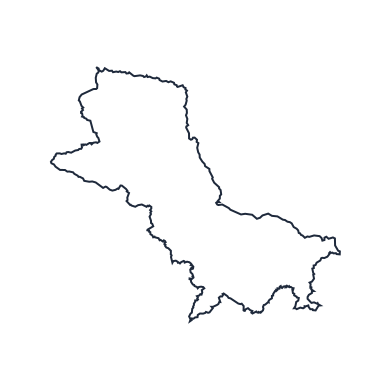 Ataco, Tolima, Colombia (Mercator projection), rotated 77°
{"feature_id": "7082276B46910600615259", "entity_name": "Ataco", "entity_type": "district", "adm_level": 2, "iso_a3": "COL", "parent_name": "Colombia", "parent_adm1": "Tolima", "projection": "mercator", "projection_center": [-75.445, 3.437], "detail": "fine", "context": "isolated", "style": "outline", "palette": "slate", "viewbox_px": 384, "rotation_deg": 77, "n_neighbors": 0, "source": "geoboundaries", "source_scale": "gbopen_adm2", "svg_char_len": 6027}
<svg xmlns="http://www.w3.org/2000/svg" viewBox="0 0 384 384"><g transform="rotate(77 192 192)"><path d="M146.1,303.4L147.8,302.6L150.4,299.7L151.7,299.2L152.0,297.8L154.3,295.1L156.9,294.5L158.9,289.8L159.3,286.8L161.0,283.7L168.0,277.7L167.3,275.1L167.8,274.1L171.2,271.6L172.7,269.3L172.7,266.1L171.9,263.6L172.4,262.9L169.6,260.2L170.0,258.9L174.2,255.6L176.2,254.7L176.8,255.4L178.8,253.6L182.9,256.3L185.3,256.6L186.1,257.8L190.7,255.2L190.6,254.6L191.6,254.0L193.6,250.6L192.7,247.4L192.9,243.7L196.2,239.6L195.4,238.5L196.1,237.6L195.5,236.7L197.4,235.0L199.0,235.4L200.2,236.9L201.7,236.0L202.9,237.3L204.2,236.9L206.5,238.9L210.7,238.4L213.0,238.9L214.0,237.9L216.7,237.5L218.7,243.8L219.3,244.1L220.1,242.5L221.1,242.7L221.7,241.7L223.8,242.0L225.3,240.4L227.4,240.0L227.1,238.5L227.8,238.3L229.5,235.0L231.7,234.4L231.5,233.5L233.7,231.5L232.8,230.3L233.8,229.3L235.0,229.0L235.4,230.1L236.8,230.6L237.5,229.7L238.5,230.3L240.3,229.5L241.5,227.7L244.5,225.8L248.1,226.7L249.1,226.1L250.6,227.1L256.5,227.0L255.1,225.7L255.3,223.2L256.5,221.9L257.7,221.6L257.5,221.0L258.9,219.8L257.9,218.4L257.3,215.6L257.8,215.0L259.1,215.0L258.8,212.5L259.9,210.3L261.5,209.1L262.4,208.7L263.0,209.5L263.8,208.1L265.0,207.6L265.5,208.4L266.1,207.9L266.9,208.3L267.0,209.3L266.0,209.9L267.3,211.2L270.0,211.4L271.9,210.1L273.4,209.9L274.3,210.5L274.6,209.8L275.7,209.8L276.7,211.7L275.7,213.8L276.4,214.0L277.1,212.8L279.4,213.1L282.3,212.0L283.1,210.8L284.2,210.7L285.7,208.5L287.1,208.1L286.1,206.6L286.3,204.4L287.2,202.4L288.6,201.7L289.8,204.5L292.2,204.6L294.1,205.8L293.4,206.9L294.4,208.0L294.6,210.6L296.0,210.0L297.1,210.9L298.0,210.3L298.7,211.2L298.4,213.3L299.5,213.5L301.2,215.3L302.5,215.5L303.9,216.7L304.9,216.7L305.8,218.0L309.5,219.3L310.2,220.8L312.6,222.8L315.8,222.1L317.5,223.1L316.7,221.1L315.4,221.3L315.1,220.8L315.8,219.1L314.9,217.2L315.2,214.8L313.1,214.0L312.2,211.6L313.0,208.5L312.8,206.4L312.0,205.4L313.3,203.5L313.2,202.0L309.9,197.9L308.3,198.7L308.6,197.4L307.7,193.1L307.1,191.5L305.3,190.2L305.6,189.2L301.0,189.6L300.1,187.8L300.6,186.2L299.1,184.7L298.3,185.1L298.0,184.0L301.5,180.9L303.4,180.2L304.3,178.4L311.1,172.0L312.1,170.1L312.0,168.7L314.8,167.3L318.9,168.4L319.4,168.0L319.7,167.3L318.4,166.2L317.8,163.6L320.3,161.8L321.5,160.0L322.9,161.3L324.0,160.4L322.9,156.2L324.1,155.5L324.5,154.5L323.9,154.0L324.9,152.8L324.4,152.2L324.8,151.9L323.3,149.5L321.7,148.6L320.0,148.7L318.3,147.5L318.2,146.0L316.5,142.7L316.8,142.1L315.7,142.1L314.4,140.7L313.6,138.1L311.2,137.5L311.1,136.2L309.7,135.9L307.2,133.4L307.6,132.6L307.0,131.5L306.1,131.8L306.2,130.5L305.1,130.3L305.8,128.6L304.0,127.8L303.6,126.7L305.2,126.5L305.8,125.8L304.7,124.2L304.8,122.5L305.7,122.5L304.9,121.1L305.8,121.1L305.3,119.9L306.2,119.0L305.8,118.5L306.7,118.2L306.7,117.1L308.1,115.9L308.6,114.7L310.1,115.5L310.0,116.2L313.2,116.4L314.2,115.2L315.7,115.7L317.5,113.6L318.3,113.6L319.3,111.8L321.7,112.9L322.6,115.2L326.4,116.9L328.2,118.7L328.4,117.5L329.7,116.3L329.0,112.5L330.3,109.9L329.8,108.3L328.6,108.0L329.0,107.0L328.7,104.2L330.3,104.2L332.8,103.1L333.3,100.9L334.3,100.8L335.2,98.2L331.2,94.3L331.4,92.5L329.6,94.4L328.6,94.6L329.0,95.2L327.0,97.9L326.9,100.6L322.1,103.4L320.3,103.0L318.5,101.3L317.4,97.9L315.7,97.5L315.9,95.7L313.7,97.7L312.4,97.3L312.0,98.0L311.5,97.3L310.8,98.0L308.3,97.1L306.7,97.8L306.3,95.3L303.9,92.6L299.9,92.5L299.4,91.4L298.2,92.1L293.7,92.0L293.5,90.4L291.0,90.0L291.0,88.1L288.9,86.5L287.6,82.4L285.6,81.0L285.4,80.0L286.1,77.9L285.5,74.7L283.1,71.7L282.4,72.1L281.6,71.0L282.6,70.4L282.7,68.7L283.6,68.0L284.0,65.5L285.0,65.1L286.0,62.1L283.1,61.3L282.1,62.8L276.3,64.6L269.4,63.2L268.0,64.9L268.3,69.4L265.8,71.2L266.3,73.2L268.6,73.8L268.7,75.9L266.0,76.1L263.7,77.6L261.8,82.8L262.1,87.8L261.3,89.6L262.0,92.3L259.2,94.1L258.4,95.4L256.6,96.0L255.9,97.2L253.3,97.2L251.3,98.3L249.0,100.8L245.0,101.9L243.4,103.4L242.4,105.7L240.2,107.7L239.4,109.7L235.0,114.2L233.2,119.5L230.2,122.6L230.7,128.6L232.4,131.5L232.7,134.8L227.7,138.5L225.2,145.1L224.9,149.3L217.9,158.6L216.0,159.7L211.0,165.3L210.6,169.3L209.8,170.3L208.0,170.9L207.5,170.0L207.9,167.8L206.5,168.8L204.7,166.4L202.0,165.7L200.9,164.1L196.5,163.7L194.7,164.8L193.4,164.5L187.9,168.3L183.6,169.4L182.5,168.5L175.6,170.3L173.4,169.9L169.8,173.4L167.5,173.4L164.7,175.1L160.2,176.7L157.2,176.2L154.8,177.0L150.1,177.0L145.8,174.8L144.2,176.2L142.2,175.4L139.6,177.2L139.3,178.8L140.6,179.9L140.8,181.3L139.2,182.8L134.1,181.7L128.0,183.2L126.9,182.8L126.0,180.7L123.5,181.6L119.7,180.1L115.9,180.6L113.9,179.2L110.5,178.6L107.0,180.5L105.5,178.6L101.8,176.6L100.1,176.6L98.0,175.1L93.5,175.6L92.1,174.1L90.6,175.4L89.3,174.9L88.0,176.6L85.9,177.1L86.4,182.3L85.8,182.9L84.5,182.9L83.1,185.0L81.5,185.0L79.4,187.9L79.7,190.3L78.0,192.2L77.7,195.9L75.6,198.4L74.2,198.5L72.6,200.7L73.1,201.9L72.2,204.6L70.1,207.2L70.0,209.3L68.2,209.9L69.0,210.8L69.2,212.8L67.9,213.7L66.7,216.3L66.2,221.9L65.6,222.9L61.3,226.3L62.0,227.3L61.8,229.2L60.2,229.9L59.5,233.9L58.1,235.0L58.5,236.9L57.6,238.7L57.5,242.0L55.8,242.7L55.4,245.5L51.8,249.1L53.9,251.2L54.4,252.9L52.3,255.3L50.7,255.2L48.8,257.2L51.7,255.9L53.6,255.8L54.6,256.6L55.3,258.2L59.1,260.1L63.6,260.8L66.0,260.0L69.5,261.1L70.1,262.2L69.5,264.9L72.2,277.6L74.3,280.2L77.3,281.7L78.5,280.9L83.2,280.3L85.3,279.0L85.9,280.4L87.6,279.8L88.9,282.1L90.1,282.3L90.6,281.4L93.2,281.5L93.8,282.1L94.8,280.4L95.5,280.4L96.9,278.4L98.2,278.0L99.7,275.0L111.3,274.6L113.3,271.6L114.4,272.3L116.9,271.9L118.2,271.1L122.0,270.8L122.9,273.2L122.0,274.3L121.8,277.0L123.0,279.1L122.5,279.4L121.7,278.9L121.2,280.9L122.3,284.3L121.6,285.4L122.0,286.9L121.3,287.0L121.0,288.9L123.9,289.2L125.0,290.2L124.7,292.2L125.5,293.5L125.3,296.4L126.5,300.9L125.2,303.6L125.1,305.3L126.3,306.4L125.6,307.8L125.6,310.6L124.6,312.2L124.0,315.2L124.9,316.4L126.0,316.7L126.8,318.3L128.6,319.2L129.4,321.1L130.9,322.7L132.4,322.5L134.1,320.3L136.6,319.3L140.8,315.6L142.0,310.8L144.1,308.9L144.4,307.0L146.1,303.4Z" fill="none" stroke="#1e293b" stroke-width="2"/></g></svg>